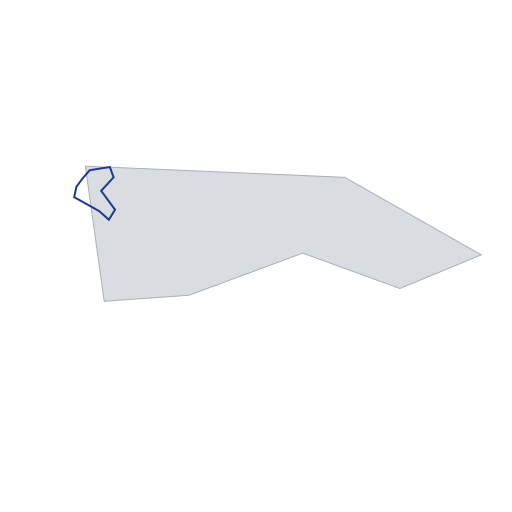 Seychelles, with Glacis highlighted, rotated 301°
{"feature_id": "SYC-5209", "entity_name": "Glacis", "entity_type": "state/province", "adm_level": 1, "iso_a3": "SYC", "parent_name": "Seychelles", "parent_adm1": "", "projection": "natural_earth1", "projection_center": [55.444, -4.574], "detail": "fine", "context": "in_parent", "style": "outline", "palette": "blue", "viewbox_px": 512, "rotation_deg": 301, "n_neighbors": 0, "source": "natural_earth", "source_scale": "10m", "svg_char_len": 447}
<svg xmlns="http://www.w3.org/2000/svg" viewBox="0 0 512 512"><g transform="rotate(301 256 256)"><path d="M369.1,291.5L373.0,448.5L302.2,396.0L282.5,294.5L188.0,218.9L139.0,149.2L245.1,63.5L369.1,291.5Z" fill="#d9dde1" stroke="#a8b0b8" stroke-width="1"/><path d="M211.3,111.2L213.7,98.7L212.8,69.8L222.9,66.4L233.1,67.4L243.9,69.3L257.0,84.9L250.1,93.4L232.1,89.7L223.1,111.3L211.3,111.2Z" fill="none" stroke="#1e3a8a" stroke-width="2"/></g></svg>